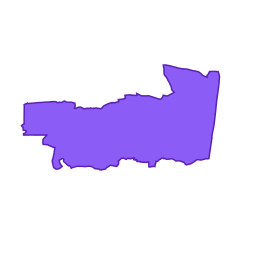 Bang Sao Thong, Samut Prakan, Thailand (Robinson projection), rotated 74°
{"feature_id": "78962969B16455268499709", "entity_name": "Bang Sao Thong", "entity_type": "district", "adm_level": 2, "iso_a3": "THA", "parent_name": "Thailand", "parent_adm1": "Samut Prakan", "projection": "robinson", "projection_center": [100.804, 13.633], "detail": "fine", "context": "isolated", "style": "filled", "palette": "violet", "viewbox_px": 256, "rotation_deg": 74, "n_neighbors": 0, "source": "geoboundaries", "source_scale": "gbopen_adm2", "svg_char_len": 5680}
<svg xmlns="http://www.w3.org/2000/svg" viewBox="0 0 256 256"><g transform="rotate(74 128 128)"><path d="M179.7,58.7L160.1,49.8L159.4,49.8L156.0,48.2L151.6,45.9L147.2,43.8L137.1,39.6L126.1,35.2L116.7,31.0L110.6,28.4L103.6,25.8L100.3,25.7L98.7,25.8L97.6,28.6L96.3,33.6L96.2,34.0L96.3,34.1L97.0,34.9L97.4,35.0L98.2,35.7L99.2,37.5L101.0,38.1L100.7,38.4L99.0,40.7L98.5,41.2L98.0,41.6L97.2,42.2L96.1,42.7L95.6,43.0L93.7,44.5L93.4,44.9L93.1,45.3L92.3,46.6L91.2,49.0L89.7,51.6L88.5,53.6L87.6,55.2L86.0,59.5L84.3,63.1L83.8,63.9L82.9,65.2L81.7,67.5L80.9,68.6L79.3,71.4L77.9,74.2L77.2,76.7L78.7,77.0L81.6,77.1L81.9,77.2L82.5,77.6L83.0,77.7L85.7,78.3L86.9,78.4L87.9,78.0L89.4,77.3L90.5,76.9L91.3,76.7L92.9,76.5L95.5,75.8L98.4,75.4L99.6,75.1L101.9,75.2L102.8,75.4L103.5,75.3L104.0,75.1L106.5,73.8L106.8,75.1L107.8,79.9L108.0,80.9L108.0,81.3L107.8,82.2L106.2,85.1L107.8,86.2L109.5,88.6L108.5,90.5L108.2,91.0L102.7,99.2L102.6,99.5L102.2,101.5L100.9,105.8L100.7,106.2L99.1,108.1L97.2,110.1L99.0,110.2L99.1,110.3L99.1,110.5L99.0,110.9L98.3,112.9L97.5,115.7L97.2,115.6L96.5,117.7L95.7,121.9L98.7,122.4L98.6,123.1L98.9,123.7L98.6,126.2L98.0,129.5L98.7,129.6L99.6,129.4L100.0,129.7L100.1,129.8L100.2,130.4L100.0,131.5L100.0,132.2L100.1,132.6L100.1,133.0L100.1,133.9L99.7,134.9L99.3,135.7L99.4,136.1L99.6,136.7L99.5,136.9L99.0,137.2L99.1,137.8L99.2,139.8L99.6,142.9L99.7,143.6L100.3,145.8L101.3,146.8L101.5,147.2L101.7,148.1L101.8,148.3L101.7,148.9L101.8,149.6L101.1,150.6L101.0,151.1L100.1,152.8L99.9,153.2L99.9,153.8L99.7,154.5L99.8,155.2L99.4,155.8L99.6,156.6L99.0,157.4L98.4,158.4L98.4,158.7L98.5,159.5L98.5,159.9L98.4,160.4L98.3,160.6L97.8,161.0L98.0,162.0L97.7,162.4L97.6,162.7L97.6,162.9L97.7,163.5L97.6,164.3L97.6,164.9L97.5,165.2L97.4,165.4L97.2,165.5L96.5,165.8L96.0,166.6L95.1,167.4L94.9,167.7L94.6,168.6L94.5,169.3L94.4,169.8L94.7,172.7L94.6,173.2L94.4,173.9L93.0,173.0L92.2,172.7L91.5,172.5L89.5,172.2L89.1,172.9L88.6,173.6L88.2,174.5L87.8,174.9L87.7,175.0L86.4,179.5L86.0,180.2L85.7,180.5L84.9,181.1L84.6,181.6L84.6,182.0L84.5,182.5L84.9,183.3L85.1,184.8L85.0,185.3L84.3,186.8L84.2,187.2L84.3,188.0L84.3,188.4L84.2,188.8L84.0,189.0L83.2,189.7L82.8,190.5L82.6,190.8L82.4,191.2L82.3,191.4L81.7,194.2L80.9,198.4L80.6,199.2L80.4,200.3L78.7,208.2L78.3,210.5L76.9,217.5L76.3,217.7L76.4,218.3L76.5,218.8L76.6,219.3L76.7,220.1L76.8,220.7L77.0,221.5L77.4,221.4L80.4,222.3L88.1,224.6L93.9,226.3L95.5,226.8L95.5,227.6L96.1,229.0L96.2,229.7L97.0,229.6L97.6,229.4L98.3,228.8L101.3,229.3L101.4,229.1L101.7,227.9L102.5,227.1L102.7,226.7L102.9,226.6L103.1,226.6L103.3,226.7L103.5,226.9L104.5,227.9L104.6,230.0L106.0,230.3L108.3,222.1L108.8,220.5L109.4,218.4L110.9,213.2L112.4,208.0L112.9,208.7L115.2,212.4L115.6,212.9L115.8,213.0L116.4,213.0L116.6,213.0L117.5,213.5L118.7,213.9L119.9,214.0L120.2,214.1L120.3,214.1L121.0,212.4L121.5,210.9L122.0,209.7L122.7,209.2L123.4,208.4L124.2,207.2L124.8,206.5L125.6,205.6L126.4,204.5L126.6,203.7L127.7,204.2L132.1,206.1L133.8,207.1L135.1,207.8L136.7,208.6L137.8,209.5L138.8,209.9L140.1,210.1L140.9,210.2L142.9,210.2L143.9,210.4L145.3,210.3L145.9,210.1L147.2,209.0L147.6,208.6L147.8,208.2L147.9,207.8L148.1,206.1L148.1,205.3L148.1,205.1L146.7,201.8L145.9,202.2L144.6,202.7L142.8,203.2L141.7,203.2L140.7,203.0L140.1,202.6L139.9,202.3L139.7,201.9L139.6,201.5L139.5,200.3L139.4,199.8L139.4,199.3L139.6,199.0L139.8,198.7L140.0,198.5L140.3,198.4L140.6,198.4L141.4,198.8L142.1,199.1L142.4,199.1L142.9,198.9L143.3,198.6L143.7,198.1L144.4,197.9L147.1,196.3L147.8,195.7L148.2,194.8L148.5,194.4L148.9,194.1L149.1,194.0L150.1,193.8L151.0,193.7L150.8,192.7L150.7,191.4L150.7,190.1L150.8,188.9L150.8,187.7L150.8,187.3L152.5,181.9L153.0,180.8L153.5,178.9L153.7,177.2L154.1,175.7L154.3,175.1L155.5,173.0L155.7,172.8L157.6,171.3L158.2,170.6L158.5,169.6L158.9,168.9L159.3,167.5L159.6,167.2L160.4,166.6L160.6,166.2L160.8,165.6L161.0,164.9L160.9,164.1L160.9,163.6L161.2,162.2L161.2,161.0L161.0,160.6L160.3,159.7L160.1,159.3L160.0,159.0L159.9,157.9L159.3,156.4L159.1,155.8L159.0,155.4L159.1,154.9L159.4,154.3L161.3,150.5L161.8,149.7L161.6,149.1L161.3,148.7L161.1,148.2L160.6,148.0L160.4,147.4L159.7,146.9L159.3,146.7L158.4,146.5L157.5,146.4L157.1,146.5L156.9,146.1L156.9,145.4L156.3,145.1L156.2,144.2L155.7,143.6L155.6,143.2L155.5,142.8L155.5,141.8L155.6,141.1L155.7,140.6L156.0,140.3L156.5,139.8L156.9,139.2L157.3,138.8L157.6,138.5L157.6,138.2L157.3,137.4L157.0,136.7L157.1,136.1L157.3,135.9L157.9,135.4L157.9,134.6L158.3,134.0L158.4,133.8L158.4,133.7L158.0,133.1L158.1,132.8L158.6,131.6L158.6,131.4L158.2,130.6L158.7,130.3L159.0,130.3L159.4,130.9L159.5,131.0L160.0,131.1L160.4,130.7L160.7,130.3L160.8,129.8L160.6,129.0L160.8,128.7L161.2,128.7L161.4,128.7L161.5,128.6L161.6,128.2L162.6,128.6L163.4,126.5L163.3,126.4L163.7,125.2L163.8,125.2L164.1,125.3L165.5,121.8L166.1,119.8L166.1,119.1L166.3,118.1L166.4,117.5L171.2,118.6L171.6,117.3L171.5,116.9L172.1,113.1L172.4,112.8L171.5,112.4L168.7,110.6L167.8,110.3L168.1,109.3L168.1,108.8L167.9,108.1L167.1,106.7L167.0,106.4L166.9,105.2L166.8,104.9L166.5,104.4L166.4,104.0L166.4,103.5L166.4,103.1L166.5,102.6L166.6,102.2L167.1,102.1L167.4,102.0L167.5,101.1L167.7,100.8L167.9,100.6L168.3,100.2L168.9,98.6L169.2,97.4L169.5,95.0L169.9,94.0L170.4,93.3L170.9,92.6L171.7,92.1L172.2,91.7L172.7,91.3L172.9,91.0L173.0,90.6L173.3,89.2L173.5,88.3L174.2,86.9L174.3,86.3L175.3,85.4L175.8,84.9L175.9,84.7L176.4,83.6L176.5,83.6L177.6,83.3L178.4,83.0L178.7,82.8L179.2,82.4L179.5,82.1L179.5,81.6L179.7,78.6L179.7,77.5L178.8,74.1L178.3,72.7L177.7,71.2L177.6,70.7L177.5,70.3L177.5,70.1L177.6,69.8L178.8,66.9L179.0,66.2L179.0,65.8L178.9,64.9L179.1,63.2L179.0,61.6L179.0,61.4L179.5,60.2L179.7,58.7Z" fill="#8b5cf6" stroke="#5b21b6" stroke-width="1.5"/></g></svg>